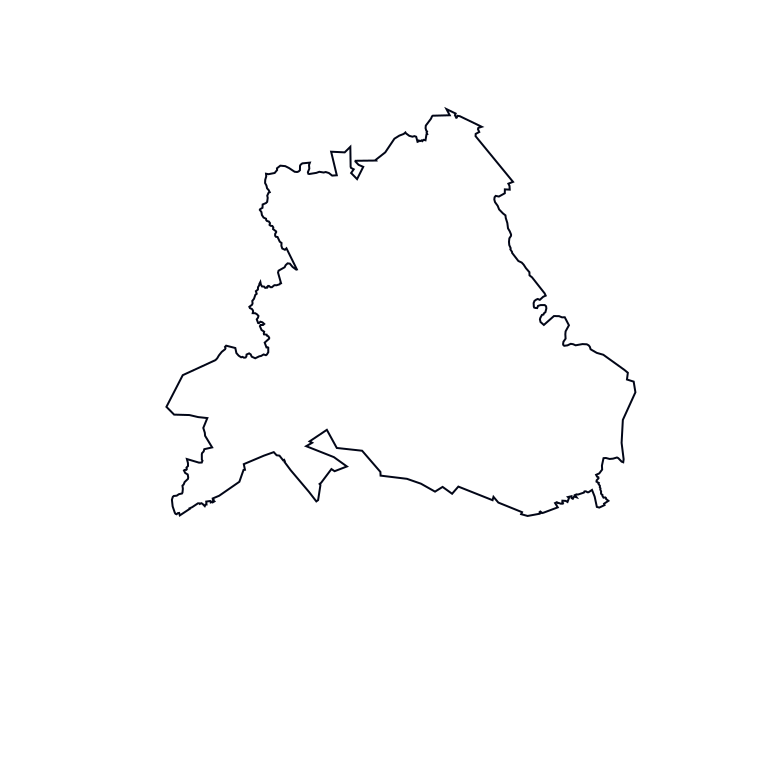 Buenavista de Cuéllar, Guerrero, Mexico (Natural Earth projection), rotated 139°
{"feature_id": "50627088B77464015235470", "entity_name": "Buenavista de Cuéllar", "entity_type": "district", "adm_level": 2, "iso_a3": "MEX", "parent_name": "Mexico", "parent_adm1": "Guerrero", "projection": "natural_earth1", "projection_center": [-99.405, 18.469], "detail": "fine", "context": "isolated", "style": "outline", "palette": "ink", "viewbox_px": 768, "rotation_deg": 139, "n_neighbors": 0, "source": "geoboundaries", "source_scale": "gbopen_adm2", "svg_char_len": 6166}
<svg xmlns="http://www.w3.org/2000/svg" viewBox="0 0 768 768"><g transform="rotate(139 384 384)"><path d="M624.3,418.8L612.4,417.2L612.3,417.7L609.6,416.9L602.7,416.0L601.4,414.8L601.6,414.3L600.0,413.8L599.6,412.6L599.4,409.4L597.8,410.1L597.0,409.5L595.3,411.9L592.2,409.9L591.8,409.5L592.5,408.3L590.5,407.5L590.7,407.0L589.0,406.7L589.2,408.4L588.7,408.5L588.9,409.1L588.4,410.0L581.7,407.8L557.3,405.1L546.4,411.3L545.2,410.5L542.4,415.5L521.6,408.7L511.9,404.9L511.8,400.7L509.9,398.5L510.2,392.6L509.1,392.3L509.6,390.6L510.2,390.5L511.0,380.2L511.4,351.8L512.1,339.8L509.9,339.6L498.2,349.5L498.2,350.8L496.3,350.7L479.5,354.3L478.5,350.6L466.1,346.1L469.8,361.7L483.5,388.1L476.8,386.8L477.8,389.5L457.2,386.9L461.6,366.7L444.3,348.0L444.4,320.0L446.7,317.1L428.9,297.4L421.5,284.5L416.1,269.3L407.3,267.9L404.6,256.5L395.2,257.8L378.3,225.1L375.4,227.0L375.5,219.5L363.9,196.7L365.9,195.8L362.2,190.2L351.7,184.0L350.9,183.8L350.6,185.2L349.7,185.2L349.2,182.8L348.0,182.2L333.8,176.9L333.0,181.9L331.1,181.4L330.9,180.0L330.3,179.8L329.2,177.8L327.6,176.4L327.0,176.6L326.9,177.9L325.9,178.9L323.5,176.5L322.9,174.6L319.2,176.6L319.3,178.0L316.1,176.3L317.3,174.8L316.8,173.5L314.3,174.4L313.0,172.2L312.7,174.9L311.1,174.4L310.1,173.3L304.4,170.9L303.2,171.4L302.1,170.6L301.4,168.7L300.6,168.1L296.5,167.6L298.9,160.8L304.0,151.6L302.6,149.5L297.0,147.9L296.5,149.3L291.3,148.6L291.8,151.6L291.3,152.3L291.4,153.2L292.9,154.2L292.5,156.4L291.9,157.0L292.2,158.3L291.9,159.2L290.6,160.5L290.0,162.5L289.1,163.2L288.9,164.5L287.9,165.4L287.6,168.1L286.8,168.4L287.7,170.9L286.7,171.8L284.0,172.1L283.4,173.0L284.0,174.3L283.5,176.3L280.2,175.3L275.5,176.3L273.1,179.4L267.0,184.0L266.6,183.8L265.0,182.5L262.9,179.4L260.1,177.4L256.4,175.7L255.8,174.3L255.6,169.5L254.8,168.0L252.5,170.0L243.3,183.7L227.3,200.2L199.7,212.8L194.0,222.0L197.7,228.0L192.6,232.5L193.3,236.8L199.3,262.2L203.0,267.9L205.3,274.6L204.2,277.2L204.2,279.0L204.9,280.9L208.0,283.9L214.0,287.5L215.2,290.0L216.7,291.8L220.2,292.8L222.9,294.6L223.1,295.6L222.7,296.6L220.8,298.2L217.2,299.1L214.5,302.6L212.4,304.6L205.9,307.0L203.8,315.8L205.9,317.5L207.4,320.4L211.2,323.8L224.6,323.7L225.2,328.1L223.9,330.5L222.5,331.4L219.5,332.5L218.1,331.8L216.9,332.4L215.1,332.3L211.9,334.5L210.7,336.3L210.9,338.1L214.0,340.8L216.5,341.9L218.6,340.8L219.9,342.1L220.5,343.2L220.1,344.2L218.0,346.9L215.9,348.0L213.7,347.8L212.2,347.3L211.2,345.3L206.6,345.4L204.0,344.6L203.3,347.0L202.3,367.4L202.9,370.5L200.9,373.0L200.9,378.2L200.3,382.5L200.4,385.3L201.9,388.7L201.3,398.9L200.7,399.7L200.3,402.7L199.3,403.4L198.3,406.7L196.4,409.3L193.8,411.7L190.9,412.5L190.0,413.5L188.9,416.8L188.3,420.1L185.3,424.6L183.2,429.4L181.7,431.6L182.3,434.7L182.6,440.2L181.3,443.9L180.9,448.4L179.7,450.9L178.0,452.4L176.3,452.7L174.3,450.1L167.7,448.7L165.1,451.6L161.6,448.2L159.3,451.2L158.7,453.6L154.0,451.9L152.3,511.0L150.7,512.6L146.8,511.7L145.9,514.7L144.7,515.4L141.5,514.0L151.1,536.4L152.6,538.2L154.3,537.3L154.8,537.5L154.1,540.4L152.5,541.1L156.5,550.5L158.1,543.7L171.2,554.5L172.2,554.5L174.5,553.4L182.9,551.6L184.8,549.8L185.9,547.4L185.8,546.3L187.0,545.7L187.4,544.2L188.2,544.5L192.8,540.7L193.8,542.2L195.7,542.2L195.6,543.1L197.0,543.4L198.1,545.0L198.7,544.4L199.8,544.8L197.5,549.5L198.4,551.1L200.3,552.0L202.1,554.7L203.0,558.8L202.8,559.8L205.1,559.8L209.5,561.4L215.2,562.3L231.1,558.0L242.9,558.6L243.2,557.7L259.0,571.1L259.6,570.7L259.4,566.1L257.2,561.5L269.9,556.3L270.4,564.8L266.0,565.9L267.1,568.7L266.7,569.8L253.8,585.1L261.7,584.6L271.5,594.0L282.7,572.5L286.4,575.3L287.2,579.4L288.9,582.2L290.8,583.2L293.6,586.6L296.5,587.7L302.6,591.5L303.2,592.3L302.5,593.8L299.1,595.5L296.9,598.5L294.7,599.7L300.9,604.1L303.1,604.2L304.3,603.7L307.2,600.5L309.0,600.4L310.5,601.0L312.2,602.8L314.0,609.3L315.6,613.2L319.0,616.8L323.3,617.0L324.3,615.6L328.1,615.0L333.5,618.1L335.1,620.1L336.6,618.0L339.7,616.0L341.9,613.7L342.5,611.0L343.9,608.3L343.8,606.3L344.4,603.7L345.6,604.1L348.6,602.7L349.6,600.8L352.7,598.1L354.4,598.0L357.8,599.1L360.1,596.7L362.8,597.2L363.5,596.9L363.7,594.2L365.3,591.6L365.7,588.6L364.6,586.1L365.4,584.9L365.4,583.9L364.3,582.1L364.5,580.2L366.0,579.2L365.8,577.9L364.6,576.5L364.8,574.8L366.1,573.7L365.3,569.9L365.8,569.3L367.7,568.7L368.9,567.3L369.0,566.0L367.9,564.8L369.3,559.8L368.8,557.7L370.8,555.6L371.9,553.0L370.7,550.3L368.6,550.4L374.6,527.6L375.2,527.9L376.2,532.4L376.1,536.6L377.6,538.3L380.3,538.2L382.4,537.3L389.2,538.7L390.9,537.6L395.6,527.6L396.4,528.1L397.3,527.7L400.3,529.0L401.9,530.5L405.1,530.6L406.1,531.5L406.5,533.5L407.1,534.0L407.6,533.6L408.4,534.0L409.0,533.4L410.6,534.5L410.6,536.2L412.1,537.7L411.6,540.0L410.4,542.1L412.4,541.3L413.4,540.4L415.6,539.7L417.2,538.0L419.8,538.1L420.9,535.6L422.6,535.7L426.2,533.6L428.9,533.1L430.3,531.1L431.5,530.4L435.0,530.6L435.4,529.2L434.5,527.3L434.6,525.8L435.0,524.8L436.6,523.6L434.7,521.8L434.1,519.7L434.1,517.7L435.6,516.7L437.6,516.3L439.0,512.6L438.5,512.0L436.4,512.1L435.3,510.3L435.0,507.9L436.6,507.9L438.4,509.5L439.7,509.1L441.0,505.1L440.1,502.1L441.4,501.2L442.0,500.2L440.2,498.2L440.6,497.2L440.0,495.9L440.3,494.2L440.9,493.6L446.9,493.5L448.7,488.7L447.7,488.1L447.5,487.4L450.5,483.9L453.0,483.1L454.2,483.2L455.5,485.3L458.4,485.8L459.9,486.7L464.3,487.9L465.9,491.4L465.2,493.8L465.7,495.6L468.4,496.4L469.8,495.1L471.1,494.8L472.4,495.7L473.0,497.3L474.3,497.9L475.1,500.8L475.1,504.2L472.6,508.7L478.0,516.5L479.7,516.3L480.0,515.1L481.1,514.5L485.4,514.7L489.8,513.9L493.1,512.8L495.5,512.6L530.1,522.7L563.2,509.5L562.5,498.6L551.2,488.2L546.0,481.0L539.7,474.2L549.2,469.4L551.2,464.8L553.0,462.3L555.3,448.9L562.4,452.7L564.4,451.4L566.6,451.2L567.6,450.5L571.1,446.4L571.3,445.2L573.1,444.3L575.2,446.0L582.0,456.7L583.8,453.0L585.7,450.7L587.9,450.5L588.7,449.1L589.5,448.9L590.8,449.9L591.7,450.0L592.4,447.3L591.5,444.5L593.0,442.0L594.2,441.0L598.8,440.8L601.1,439.6L602.8,439.5L604.6,436.8L607.3,434.3L608.3,433.9L611.1,435.4L613.7,435.7L616.1,437.4L617.4,437.4L620.0,435.8L623.8,430.3L626.4,423.9L626.5,422.7L626.0,421.8L624.3,421.8L623.2,421.1L624.3,418.8Z" fill="none" stroke="#020617" stroke-width="2"/></g></svg>